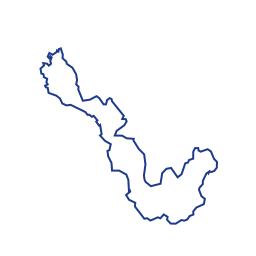 outline of Tatale Sanguli, Northern, Ghana, rotated 139°
{"feature_id": "2480657B76540044095481", "entity_name": "Tatale Sanguli", "entity_type": "district", "adm_level": 2, "iso_a3": "GHA", "parent_name": "Ghana", "parent_adm1": "Northern", "projection": "robinson", "projection_center": [0.423, 9.141], "detail": "medium", "context": "isolated", "style": "outline", "palette": "blue", "viewbox_px": 256, "rotation_deg": 139, "n_neighbors": 0, "source": "geoboundaries", "source_scale": "gbopen_adm2", "svg_char_len": 1882}
<svg xmlns="http://www.w3.org/2000/svg" viewBox="0 0 256 256"><g transform="rotate(139 128 128)"><path d="M87.0,39.8L83.1,44.0L83.3,48.3L80.8,55.9L81.8,59.7L88.7,62.5L89.5,64.7L88.2,66.8L90.6,68.8L94.3,67.3L98.9,62.1L102.9,63.8L105.4,62.6L107.9,63.8L117.9,58.0L122.9,58.2L121.7,69.6L125.8,72.0L131.8,71.5L140.0,64.6L148.9,69.1L150.1,75.8L149.3,78.3L147.2,81.6L138.7,89.1L133.1,97.5L133.6,105.1L132.1,114.9L130.8,116.1L135.8,121.1L137.4,126.0L142.9,131.0L138.4,133.3L128.9,132.5L124.7,133.9L123.9,136.1L126.4,138.6L123.2,140.0L122.5,158.7L121.4,160.7L122.3,162.6L125.4,162.8L129.2,160.3L130.9,161.9L130.1,169.4L130.9,172.7L138.0,174.3L144.2,178.2L140.3,189.6L138.2,191.7L138.5,194.9L134.9,197.7L131.9,202.6L130.4,210.0L132.1,216.6L131.0,218.6L131.6,223.6L129.1,226.1L126.5,232.2L128.4,232.9L130.3,231.4L130.7,233.1L132.1,232.1L136.9,232.8L138.1,236.2L141.8,234.5L141.7,232.3L139.5,233.0L139.3,231.4L142.7,229.6L143.9,227.0L146.8,227.0L146.9,229.6L149.4,232.6L150.4,230.3L155.1,230.2L157.7,225.9L156.5,224.1L158.1,221.5L156.7,218.2L159.6,216.0L160.0,213.6L162.9,214.3L163.3,212.6L162.2,211.0L164.9,206.6L160.9,199.5L160.0,194.9L161.5,189.6L159.6,185.4L156.1,183.1L149.7,168.0L149.9,164.5L148.5,163.4L147.9,160.1L145.9,159.6L146.1,153.8L147.8,153.7L148.3,148.7L147.0,148.6L152.0,140.6L154.0,140.7L153.8,133.4L151.6,127.1L156.6,123.5L158.5,124.2L161.5,119.7L163.4,112.4L168.0,106.3L162.6,101.6L159.8,94.0L161.8,88.6L168.4,80.1L167.5,79.9L168.1,78.5L173.4,78.7L174.3,73.1L171.6,66.8L174.3,64.1L175.2,48.8L172.8,47.4L171.7,43.4L164.1,41.0L162.8,38.6L157.8,39.3L156.4,35.0L158.7,33.1L158.5,27.9L154.8,24.5L148.1,23.5L146.3,21.1L143.4,20.1L139.2,21.1L135.4,19.8L133.4,22.3L128.5,23.1L120.7,20.8L116.5,24.1L117.3,28.3L114.9,34.9L113.3,36.0L108.3,36.6L106.2,39.0L98.6,42.3L96.8,42.0L97.0,41.0L94.8,41.9L94.2,40.2L91.0,39.0L87.0,39.8Z" fill="none" stroke="#1e3a8a" stroke-width="2"/></g></svg>